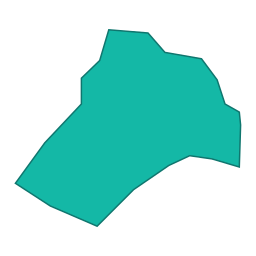 Kerċem, orthographic projection
{"feature_id": "MLT-5981", "entity_name": "Kerċem", "entity_type": "state/province", "adm_level": 1, "iso_a3": "MLT", "parent_name": "Malta", "parent_adm1": "", "projection": "orthographic", "projection_center": [14.218, 36.038], "detail": "fine", "context": "isolated", "style": "filled", "palette": "teal", "viewbox_px": 256, "rotation_deg": 0, "n_neighbors": 0, "source": "natural_earth", "source_scale": "10m", "svg_char_len": 369}
<svg xmlns="http://www.w3.org/2000/svg" viewBox="0 0 256 256"><path d="M97.1,226.2L50.3,206.0L15.4,183.3L44.8,142.8L81.4,104.0L81.4,78.2L99.7,60.5L108.8,29.8L148.0,33.0L164.9,52.4L201.5,58.8L217.1,79.8L225.0,104.0L239.3,112.1L240.6,125.0L239.3,167.0L211.9,158.9L189.7,155.7L168.9,165.4L133.6,189.6L97.1,226.2Z" fill="#14b8a6" stroke="#0f766e" stroke-width="1.5"/></svg>